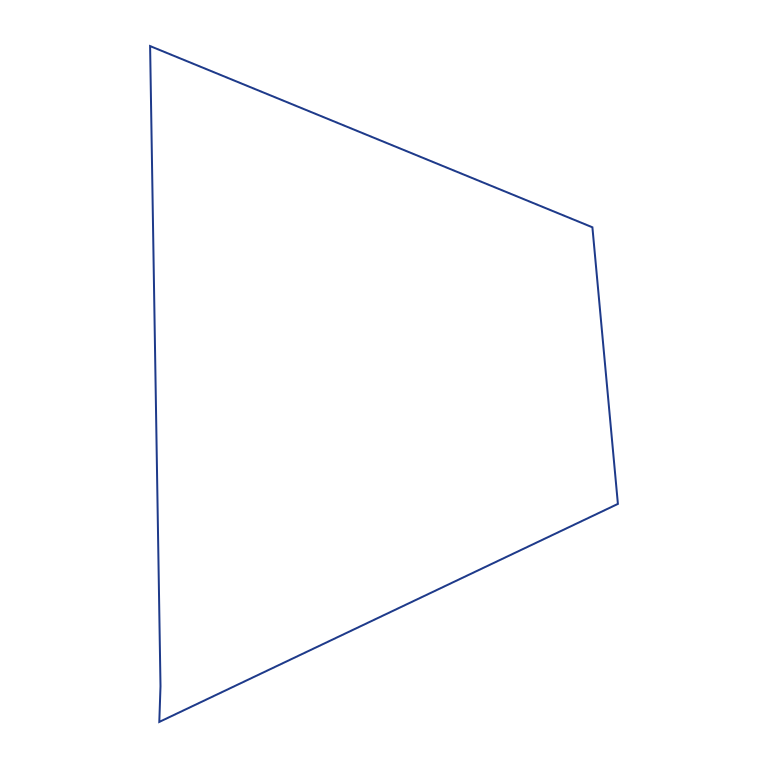 Saint Luke, Mercator projection
{"feature_id": "DMA-1437", "entity_name": "Saint Luke", "entity_type": "Parish", "adm_level": 1, "iso_a3": "DMA", "parent_name": "Dominica", "parent_adm1": "", "projection": "mercator", "projection_center": [-61.367, 15.248], "detail": "fine", "context": "isolated", "style": "outline", "palette": "blue", "viewbox_px": 768, "rotation_deg": 0, "n_neighbors": 0, "source": "natural_earth", "source_scale": "10m", "svg_char_len": 198}
<svg xmlns="http://www.w3.org/2000/svg" viewBox="0 0 768 768"><path d="M160.5,686.2L150.1,46.1L592.4,227.3L617.9,503.9L159.3,721.9L160.5,686.2Z" fill="none" stroke="#1e3a8a" stroke-width="2"/></svg>